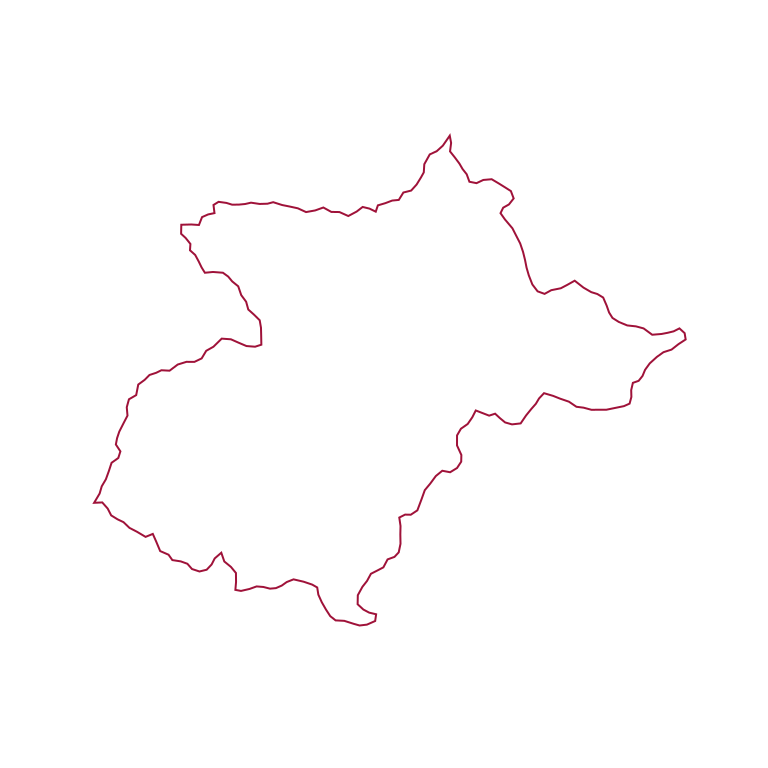 the district of Alvorada de Minas, Minas Gerais, Brazil, rotated 171°
{"feature_id": "56859067B93415811107896", "entity_name": "Alvorada de Minas", "entity_type": "district", "adm_level": 2, "iso_a3": "BRA", "parent_name": "Brazil", "parent_adm1": "Minas Gerais", "projection": "albers", "projection_center": [-43.373, -18.776], "detail": "fine", "context": "isolated", "style": "outline", "palette": "rose", "viewbox_px": 768, "rotation_deg": 171, "n_neighbors": 0, "source": "geoboundaries", "source_scale": "gbopen_adm2", "svg_char_len": 3327}
<svg xmlns="http://www.w3.org/2000/svg" viewBox="0 0 768 768"><g transform="rotate(171 384 384)"><path d="M688.9,312.0L680.8,311.1L676.4,304.2L674.0,296.9L668.3,292.0L662.9,288.3L657.9,281.7L651.1,276.7L643.4,270.3L635.8,272.1L633.7,264.2L631.2,254.0L623.5,249.1L620.6,243.2L612.5,240.6L606.3,237.2L602.6,231.3L595.6,227.7L588.2,228.3L582.5,232.7L578.5,238.2L571.1,242.8L569.5,233.7L563.8,227.3L559.8,220.5L561.1,211.6L563.0,203.9L557.6,202.0L548.9,202.6L541.5,204.0L534.9,202.4L528.6,199.7L522.7,199.3L516.5,200.9L511.1,203.6L503.9,205.2L494.3,201.3L486.3,197.1L481.8,193.5L481.8,186.2L479.6,178.2L476.6,170.3L473.4,163.1L468.8,158.1L460.3,156.3L451.5,151.9L445.9,149.3L438.5,149.0L429.8,151.3L427.8,157.8L434.4,160.5L439.7,164.5L444.5,170.6L442.9,179.5L437.0,187.1L431.6,192.1L426.6,198.6L419.2,201.0L413.3,203.0L407.9,210.2L400.7,211.6L395.8,215.4L392.7,223.6L391.4,232.9L389.9,241.2L389.8,249.7L383.6,251.7L378.0,250.7L370.8,254.0L364.9,264.4L360.3,272.8L354.0,278.3L347.2,285.0L340.0,289.2L332.5,286.5L325.0,289.6L319.9,295.2L318.7,301.8L321.5,311.9L319.9,321.8L315.0,327.8L307.6,331.4L302.0,337.3L297.5,343.5L291.3,339.9L285.1,336.3L278.9,337.3L274.8,332.1L270.4,327.1L263.9,324.1L255.2,323.7L248.6,330.7L242.4,336.3L237.1,340.7L233.1,345.5L227.4,349.9L218.8,345.8L212.4,342.0L204.1,337.6L197.5,331.4L190.6,329.4L183.2,326.1L168.5,323.8L159.5,324.2L150.5,324.6L144.5,326.2L141.7,332.5L140.8,339.3L138.0,346.2L132.0,347.3L127.4,351.5L123.9,357.2L118.3,362.8L110.2,368.1L103.0,371.7L94.6,373.0L86.9,377.3L79.1,380.8L79.1,387.2L83.5,392.7L89.7,390.7L95.9,390.2L102.1,390.0L111.4,390.7L118.9,398.3L126.1,401.5L134.6,403.8L142.3,408.5L148.0,413.5L150.5,419.4L151.8,426.5L154.0,435.1L159.2,439.5L164.9,442.3L171.9,448.0L179.5,456.2L187.6,453.2L194.4,450.9L204.1,450.5L211.3,447.9L217.8,451.5L221.9,459.1L224.0,468.7L225.0,476.7L225.3,484.5L226.0,492.7L227.5,501.5L230.0,509.1L232.8,517.7L238.8,527.6L242.2,534.5L238.7,539.5L232.5,541.8L226.9,547.0L228.5,554.7L233.7,559.3L239.0,563.9L245.6,569.4L254.0,570.0L261.2,567.9L268.0,570.4L269.5,578.2L272.8,584.1L275.0,589.8L278.6,596.7L282.4,603.4L280.0,611.6L280.2,619.0L288.6,610.2L295.5,605.7L302.9,603.6L309.8,594.8L311.6,586.8L315.2,582.2L320.6,575.9L326.9,570.8L334.9,570.1L340.6,563.5L347.2,563.9L354.4,562.4L362.1,561.4L365.2,555.5L370.9,559.5L377.4,562.2L384.0,558.6L393.0,555.5L401.1,560.8L409.1,562.2L416.3,567.8L424.8,566.2L434.1,566.0L441.6,571.0L449.3,574.0L456.6,576.7L465.0,580.9L470.9,580.3L478.7,581.3L487.0,583.9L493.0,583.5L499.4,583.9L506.0,584.9L511.3,587.5L518.9,589.8L524.4,587.5L524.7,579.3L531.2,579.0L537.6,577.3L541.9,570.0L549.4,571.7L559.3,573.0L560.9,564.1L557.1,559.3L553.3,552.6L554.7,546.4L550.3,541.0L547.8,533.9L545.9,527.6L543.5,521.9L535.4,521.4L525.7,519.1L521.1,514.5L517.9,509.1L512.7,503.3L511.1,494.1L507.3,486.8L506.4,478.8L501.6,472.9L496.8,466.4L496.7,458.8L497.8,450.6L499.0,442.0L505.5,441.0L513.9,443.0L521.1,447.5L528.2,452.1L537.2,454.2L546.6,447.5L554.4,444.6L560.1,437.8L567.8,435.5L575.6,436.8L584.7,435.5L593.7,430.7L601.7,432.4L607.3,430.7L614.2,429.6L619.8,425.5L626.8,421.9L630.5,411.8L638.3,408.8L641.7,401.3L642.3,392.9L647.1,386.4L652.9,378.4L656.1,372.3L658.3,366.2L654.9,358.7L658.0,352.5L665.4,348.8L669.4,341.0L673.6,333.4L678.8,327.1L682.0,320.3L688.9,312.0Z" fill="none" stroke="#9f1239" stroke-width="2"/></g></svg>